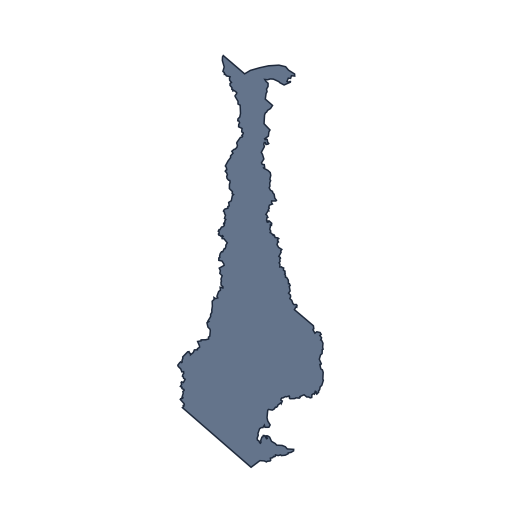 Urucará, Amazonas, Brazil, rotated 221°
{"feature_id": "56859067B25055212595195", "entity_name": "Urucará", "entity_type": "district", "adm_level": 2, "iso_a3": "BRA", "parent_name": "Brazil", "parent_adm1": "Amazonas", "projection": "orthographic", "projection_center": [-58.835, -1.25], "detail": "fine", "context": "isolated", "style": "filled", "palette": "slate", "viewbox_px": 512, "rotation_deg": 221, "n_neighbors": 0, "source": "geoboundaries", "source_scale": "gbopen_adm2", "svg_char_len": 6150}
<svg xmlns="http://www.w3.org/2000/svg" viewBox="0 0 512 512"><g transform="rotate(221 256 256)"><path d="M346.3,418.7L353.4,417.6L357.8,418.3L363.9,415.1L371.3,407.8L376.8,400.4L382.0,392.4L384.1,386.0L412.2,385.8L411.9,384.3L409.7,381.5L404.0,377.8L402.1,373.6L400.2,373.6L399.0,372.3L398.3,373.0L396.5,372.5L393.2,374.3L392.5,372.6L391.1,371.3L388.4,370.9L388.8,369.2L387.5,367.7L384.7,367.3L383.5,365.9L382.6,366.4L381.8,365.4L380.8,366.6L377.8,366.7L377.1,365.7L377.0,363.3L376.4,362.7L371.1,361.0L369.3,358.9L366.9,359.4L361.2,353.4L359.4,350.2L359.6,347.7L358.5,346.1L357.4,346.6L355.7,345.7L355.4,344.0L353.9,342.1L350.2,343.1L348.6,340.7L347.6,340.2L346.7,340.7L345.9,340.1L345.8,337.7L344.8,337.7L344.5,336.9L345.6,335.2L345.0,329.6L344.7,328.6L342.6,327.3L341.7,325.5L341.8,323.1L342.5,322.2L343.0,319.2L340.8,318.5L340.9,314.9L339.7,313.5L339.5,309.6L338.2,303.8L336.5,303.4L334.6,301.9L335.1,300.6L334.7,299.7L332.9,299.6L330.8,298.5L330.4,296.9L328.8,295.6L326.5,295.2L325.3,295.8L323.9,294.6L323.1,292.7L320.3,289.4L316.0,289.1L314.9,287.3L313.3,287.7L313.4,285.9L310.9,281.5L311.8,278.5L309.1,276.3L309.7,274.9L308.6,273.7L310.3,270.9L310.3,269.2L309.9,268.4L308.6,268.4L307.5,267.3L305.8,266.8L304.4,263.6L302.8,263.8L302.5,262.0L301.2,260.3L301.9,259.7L301.5,258.9L300.7,259.1L299.9,258.2L300.2,256.2L301.0,255.3L300.5,252.1L301.2,251.6L300.7,249.9L299.7,250.0L298.8,249.0L298.8,247.9L297.5,247.4L296.8,247.9L295.3,247.9L294.7,249.4L293.6,249.2L293.7,247.5L293.0,246.9L291.5,248.0L286.3,247.1L285.9,244.4L285.0,243.5L284.1,241.3L284.8,240.7L283.9,237.3L284.8,236.6L284.6,234.4L283.6,232.3L282.4,231.2L282.8,230.1L281.2,228.3L278.4,229.9L275.0,228.9L273.9,228.0L275.8,222.7L273.3,221.6L271.9,219.1L268.6,218.9L267.3,215.6L265.5,214.3L265.3,213.3L263.3,211.2L260.6,211.0L260.0,210.1L262.6,208.9L260.4,206.8L260.9,204.7L259.1,200.0L257.4,199.3L258.5,197.4L260.5,197.1L259.1,195.7L259.4,193.1L256.0,189.5L254.0,186.3L252.4,184.6L252.0,182.2L250.5,180.5L249.6,175.2L248.6,175.5L249.2,173.4L245.6,170.8L242.8,170.6L241.6,169.8L238.3,165.2L238.6,163.5L237.3,162.3L239.0,159.8L242.4,156.7L241.8,155.9L244.0,153.2L239.7,151.1L238.7,150.1L239.4,147.7L238.7,146.8L240.9,144.7L240.0,142.0L240.6,138.4L241.7,139.4L242.8,139.1L243.8,139.9L244.7,138.9L245.1,131.7L244.2,130.9L243.3,128.6L242.2,127.6L242.2,126.8L243.4,126.7L243.6,125.6L243.4,122.3L242.2,121.6L238.7,121.4L235.9,119.9L234.8,121.2L233.4,119.8L233.5,118.8L232.7,117.0L231.8,117.1L230.4,116.2L228.6,116.5L227.8,112.9L229.5,112.3L229.5,111.4L227.9,110.4L227.5,107.9L225.7,108.4L225.3,107.6L224.4,107.4L222.9,108.0L222.1,107.4L222.3,105.7L220.9,104.7L219.2,100.9L218.4,101.3L218.0,100.5L219.2,98.9L219.1,98.1L213.4,97.4L212.4,96.6L212.9,95.5L211.9,95.1L212.1,93.3L121.1,93.3L118.8,104.1L115.3,106.8L113.0,107.4L112.8,108.5L110.9,110.5L110.9,111.5L112.5,112.8L111.1,114.7L111.2,116.3L110.2,116.8L110.1,117.8L110.8,118.7L108.3,119.9L107.0,122.1L105.9,122.0L103.2,124.9L102.0,127.9L102.5,128.5L100.7,130.8L99.8,133.6L100.7,134.8L105.8,130.9L108.7,131.3L112.0,130.2L116.3,126.8L118.4,127.1L122.7,126.3L126.8,128.2L129.2,127.9L130.3,127.0L127.8,125.7L128.2,125.0L130.5,125.8L132.1,125.9L132.8,125.3L132.2,124.1L132.7,123.2L131.4,119.9L130.0,118.6L129.8,117.6L130.8,117.5L132.4,118.4L134.1,118.0L135.6,119.2L136.7,122.2L138.1,123.3L140.0,128.1L139.4,130.0L138.2,131.0L138.7,133.8L136.8,132.6L133.9,135.2L134.5,137.8L138.9,139.2L141.6,141.2L145.9,147.2L145.9,148.4L142.6,150.4L141.9,152.3L142.1,154.7L141.3,155.3L141.1,156.6L141.7,157.7L141.0,161.3L140.0,161.0L141.0,163.8L142.7,163.5L143.3,164.5L143.4,165.9L142.6,166.5L141.6,169.2L140.6,169.7L139.2,172.1L138.2,171.7L137.8,170.8L136.7,170.6L133.2,173.8L132.8,175.2L130.1,177.1L129.9,178.2L130.6,178.7L128.7,182.8L125.1,182.9L123.9,184.1L122.0,184.5L121.1,185.8L122.8,188.0L122.3,189.8L121.3,190.0L122.5,192.8L121.6,193.0L120.3,191.7L119.5,191.6L119.4,194.4L120.2,195.0L120.3,196.9L121.7,199.3L121.5,201.6L123.7,206.5L124.7,206.8L129.0,212.3L131.2,213.6L133.0,213.3L136.6,216.0L135.9,216.5L136.0,217.5L140.5,219.6L142.4,223.7L142.1,225.7L144.6,228.9L144.2,229.7L145.9,230.9L148.2,234.1L151.4,235.5L152.1,235.1L152.8,237.3L155.7,237.9L155.4,239.6L157.4,240.3L160.4,238.7L160.9,236.4L164.4,237.6L164.9,238.1L164.6,239.0L166.9,241.0L191.8,240.7L192.4,243.6L191.6,244.0L192.7,245.7L193.8,245.8L195.5,244.2L197.1,244.4L199.9,246.0L202.5,246.0L203.1,247.9L204.3,249.1L207.1,249.3L207.3,252.0L211.0,254.9L210.8,256.1L212.6,257.0L213.3,256.4L215.8,259.0L218.8,259.9L219.8,259.3L221.3,260.9L222.5,261.1L222.6,262.2L223.9,262.8L224.1,263.6L226.0,263.3L227.3,265.1L228.9,264.3L229.5,264.6L230.9,263.3L232.5,265.5L234.1,266.0L234.2,267.6L236.1,269.3L236.0,270.3L236.8,270.8L238.5,270.6L239.5,275.3L240.7,276.0L240.8,277.9L244.6,277.3L247.6,278.4L248.6,280.5L248.2,281.3L249.0,281.8L250.3,281.3L249.8,281.7L250.6,282.7L250.2,284.0L251.4,284.0L253.7,282.5L255.9,283.8L256.4,283.7L256.0,283.1L256.4,282.9L259.3,283.3L260.7,282.9L261.2,284.5L263.2,285.2L264.6,288.0L265.7,288.9L265.6,289.4L265.4,289.0L264.5,289.4L265.6,291.0L268.7,291.1L269.2,289.2L270.1,289.0L270.0,290.3L270.7,289.7L271.5,289.9L272.9,292.1L272.4,292.9L274.6,293.9L275.8,293.8L276.5,297.8L275.9,298.5L277.0,298.9L277.4,300.9L278.4,301.1L279.2,303.2L277.7,306.0L279.3,306.5L280.3,307.8L277.1,310.6L277.1,311.5L279.8,312.0L282.8,314.5L285.0,314.8L286.0,315.6L288.1,315.1L290.8,316.1L291.3,317.9L293.6,320.1L294.4,322.5L295.9,323.0L297.7,326.5L300.0,328.3L303.2,328.4L307.6,327.4L308.1,327.5L307.6,328.6L309.7,330.4L311.4,329.3L313.0,329.9L313.7,334.4L317.9,337.0L320.0,337.7L321.4,344.0L323.5,345.5L324.2,347.1L323.4,347.7L321.6,346.7L320.3,348.3L320.2,349.3L321.8,349.5L324.0,351.3L325.0,350.9L325.4,349.8L326.4,350.1L325.3,354.6L327.7,358.1L328.1,360.3L336.7,361.1L342.1,368.1L342.8,370.2L342.4,371.5L342.8,373.5L341.8,376.8L342.3,380.5L351.9,380.5L355.1,385.4L355.4,387.2L357.6,388.9L358.1,391.8L360.2,394.3L362.9,394.3L365.2,395.0L362.9,396.6L361.4,399.0L358.9,400.9L353.1,402.6L351.8,402.4L347.0,403.5L344.1,409.7L344.5,410.3L344.9,410.1L345.4,408.7L347.1,408.0L348.3,411.4L346.4,412.7L347.5,415.3L344.8,417.2L346.3,418.7Z" fill="#64748b" stroke="#1e293b" stroke-width="1.5"/></g></svg>